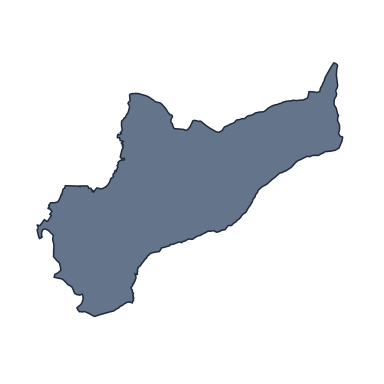 outline of Racovita, Sibiu, Romania, rotated 264°
{"feature_id": "2599482B1974711527076", "entity_name": "Racovita", "entity_type": "district", "adm_level": 2, "iso_a3": "ROU", "parent_name": "Romania", "parent_adm1": "Sibiu", "projection": "orthographic", "projection_center": [24.378, 45.642], "detail": "fine", "context": "isolated", "style": "filled", "palette": "slate", "viewbox_px": 384, "rotation_deg": 264, "n_neighbors": 0, "source": "geoboundaries", "source_scale": "gbopen_adm2", "svg_char_len": 6003}
<svg xmlns="http://www.w3.org/2000/svg" viewBox="0 0 384 384"><g transform="rotate(264 192 192)"><path d="M220.4,342.9L222.3,343.8L226.5,346.3L230.6,347.6L231.1,347.3L231.5,346.3L232.1,345.2L234.8,343.8L237.8,345.0L240.1,345.5L243.0,345.7L245.3,345.1L247.4,344.3L248.2,344.3L251.1,344.8L251.8,345.3L252.8,345.7L253.6,345.5L254.2,344.8L255.9,344.8L260.2,344.2L263.7,342.6L264.8,342.5L267.0,342.7L268.8,343.1L270.9,344.3L272.1,345.3L273.9,346.0L274.8,346.1L277.0,345.5L277.7,345.5L280.7,347.4L282.6,348.0L293.0,347.8L298.5,348.7L302.7,350.0L303.3,349.7L304.5,348.6L305.0,347.9L305.5,346.8L305.6,346.5L301.8,343.4L292.5,336.7L288.1,334.7L285.9,333.2L284.8,332.9L282.3,330.9L281.1,330.3L279.1,329.8L278.4,329.0L278.0,327.6L278.0,326.6L278.7,324.1L279.6,318.9L273.6,316.9L272.9,315.3L271.9,312.1L271.8,311.4L272.1,309.9L272.0,305.0L272.3,304.1L272.7,302.3L272.3,300.2L272.4,296.0L272.2,293.9L271.7,291.4L270.8,289.5L270.7,287.7L270.1,286.3L270.1,284.6L269.4,281.0L267.4,276.4L265.7,274.3L264.5,272.1L264.3,270.0L264.5,266.9L264.2,265.7L264.1,263.9L263.9,263.0L262.7,260.8L262.3,259.7L261.9,255.7L261.7,255.3L261.4,254.6L259.5,252.1L259.5,251.4L259.7,249.3L259.1,247.3L259.0,244.3L258.5,243.3L257.3,242.2L256.9,241.7L256.0,239.7L255.4,237.0L254.5,235.1L253.4,231.3L253.0,230.8L249.8,228.2L248.6,225.0L249.3,222.5L254.1,215.8L257.6,211.9L261.2,208.4L261.8,207.3L261.4,206.4L262.6,203.4L263.0,202.0L262.9,200.9L262.7,200.3L257.3,197.1L254.7,194.4L254.0,193.2L254.1,192.2L255.3,189.6L255.5,188.1L256.1,185.6L256.5,182.7L256.9,181.2L257.2,180.8L259.1,180.1L260.1,179.8L261.6,179.7L263.5,178.4L266.0,178.6L269.0,180.4L269.9,180.4L270.4,180.0L271.8,177.7L272.6,177.3L273.0,176.8L277.9,174.5L282.7,171.0L284.1,169.3L285.3,165.6L285.7,164.9L288.2,162.3L291.4,158.4L292.4,156.6L295.6,148.8L296.0,145.4L295.9,144.6L296.1,142.7L295.7,140.7L295.1,140.1L294.3,140.0L289.9,140.0L289.1,139.9L288.1,138.5L287.0,137.6L286.2,137.8L284.9,138.6L282.8,138.7L278.6,137.1L277.1,136.3L276.6,136.0L276.4,135.5L274.0,133.9L273.3,133.8L272.6,132.1L271.6,131.7L269.9,129.5L269.3,129.3L265.7,128.8L262.1,129.1L260.9,129.0L258.9,127.6L258.6,127.0L257.5,127.8L257.2,127.6L257.0,126.6L256.6,125.9L257.2,124.8L256.9,124.3L255.9,124.0L255.5,123.6L253.7,123.6L253.6,125.6L250.5,126.0L250.2,128.0L249.3,128.9L248.7,128.0L248.7,127.7L248.1,126.8L247.2,127.1L246.9,128.2L246.5,128.5L246.0,128.5L245.5,127.7L244.6,127.6L244.2,128.0L243.0,128.1L242.7,127.6L241.7,126.9L236.5,125.0L234.3,124.3L232.7,125.3L232.7,126.8L232.4,128.0L232.1,128.3L231.6,128.3L231.0,127.7L231.0,126.2L231.3,125.7L231.2,125.4L231.0,125.2L230.9,124.0L230.2,122.8L229.0,121.4L228.4,121.7L227.3,121.5L226.0,120.2L224.2,120.9L223.8,120.3L222.5,119.8L222.0,119.0L220.7,119.0L221.1,118.5L221.1,117.5L219.2,116.9L218.8,117.0L218.5,115.8L218.1,115.6L216.7,115.2L216.1,115.4L215.3,115.4L214.2,113.2L213.7,112.5L212.8,112.3L210.4,111.0L207.8,109.0L206.1,106.8L206.2,106.4L205.7,105.8L205.2,104.3L204.9,103.9L204.7,103.2L204.7,102.0L206.0,97.6L202.2,94.1L203.0,93.5L202.9,92.8L203.2,92.8L203.8,93.6L205.0,92.3L206.4,91.7L206.3,89.8L208.0,89.4L209.1,88.3L209.0,87.0L209.2,86.4L209.7,81.0L209.2,81.6L209.0,81.3L209.6,79.9L209.7,78.5L210.1,77.2L211.5,66.7L209.1,65.7L208.3,64.0L203.0,62.2L203.2,61.7L200.0,60.2L197.1,58.3L196.2,57.3L195.8,54.9L196.0,50.1L193.6,48.1L192.9,48.7L190.9,47.1L190.5,47.6L191.0,48.1L190.0,49.1L189.7,48.9L187.6,50.7L184.7,48.2L183.3,49.7L179.2,46.3L177.8,45.1L177.8,44.8L180.0,42.3L174.5,37.3L175.3,34.7L175.2,34.5L173.8,35.2L172.1,35.2L171.3,35.0L171.0,34.7L171.0,34.3L170.1,34.0L163.7,34.8L161.6,35.5L161.8,36.6L162.8,37.7L163.0,38.3L163.7,38.0L166.0,38.0L168.0,38.5L170.1,39.6L170.5,41.3L170.5,42.6L169.0,44.8L168.4,45.5L163.3,49.6L159.9,48.5L158.0,48.5L155.3,49.0L152.5,49.0L146.4,48.0L145.4,48.0L142.2,47.5L138.3,50.1L135.1,52.8L130.3,53.4L128.1,53.3L127.5,52.9L126.2,51.0L125.6,50.1L124.4,47.1L124.0,46.8L121.6,46.0L119.1,53.6L117.6,55.3L113.0,58.8L112.2,59.7L111.4,61.4L110.9,61.6L110.1,62.5L109.0,63.1L103.8,64.6L103.1,65.1L102.0,66.8L101.4,68.9L101.4,69.8L101.2,69.9L101.7,71.0L101.8,72.0L101.7,72.3L99.6,72.6L96.8,72.5L93.4,71.0L91.6,69.6L89.9,66.8L88.8,65.4L86.5,66.3L84.7,67.5L84.7,68.3L84.2,70.5L84.3,72.8L81.8,77.1L78.6,81.7L78.4,82.2L79.5,87.0L81.6,99.3L81.7,100.8L82.3,102.7L83.5,104.5L84.1,106.4L84.5,107.1L85.8,108.8L86.1,109.4L86.4,110.7L88.1,113.4L89.0,115.9L89.2,117.7L88.7,119.5L87.9,120.9L89.9,121.9L90.0,122.4L92.8,122.5L92.8,123.0L93.9,122.5L94.7,122.8L95.5,122.5L96.2,122.6L96.9,123.1L97.8,123.0L98.6,122.3L100.0,122.4L101.3,122.2L102.0,121.5L103.3,121.3L105.0,123.1L106.4,123.3L106.8,124.4L108.2,125.0L109.4,125.9L112.7,127.4L114.4,127.2L114.9,127.4L116.5,126.8L115.8,128.1L115.9,129.1L116.2,129.2L117.2,128.9L118.7,129.6L119.9,129.5L121.4,130.2L122.3,130.3L124.4,133.3L125.6,134.1L127.9,136.4L130.3,138.5L130.8,139.6L133.2,141.3L133.6,142.4L134.8,143.3L135.6,145.7L136.0,147.9L136.2,153.3L138.5,155.2L139.4,155.5L139.6,156.3L139.8,158.3L140.8,163.8L141.0,164.3L141.8,164.5L142.1,165.3L141.9,166.9L142.1,168.2L143.6,173.7L143.5,174.5L142.7,176.4L142.9,176.8L143.5,177.2L143.9,178.4L143.9,180.1L144.5,180.9L145.0,182.1L145.6,184.5L145.0,186.6L145.0,187.8L146.4,190.2L147.7,193.0L147.9,195.6L149.6,199.3L150.0,201.0L151.4,203.8L151.0,206.3L151.4,209.1L149.4,212.4L149.7,214.5L150.1,215.9L150.7,217.0L151.0,219.1L150.9,220.0L151.1,221.0L154.8,224.5L154.9,224.8L154.5,227.7L156.6,230.2L157.8,232.7L159.5,234.4L160.1,235.9L160.7,236.4L161.3,237.4L164.3,239.9L165.8,242.8L166.5,243.7L170.4,246.4L172.9,248.8L174.6,249.9L175.3,250.6L178.4,252.0L180.4,254.1L182.8,255.1L184.7,257.1L186.5,257.8L187.4,258.7L190.1,262.7L191.3,265.9L192.1,267.5L195.8,272.5L198.2,276.5L199.6,278.1L200.2,279.3L201.4,280.7L201.7,281.5L201.8,283.1L202.2,284.6L202.7,285.4L203.0,287.1L205.3,291.8L206.2,293.3L207.2,294.6L210.0,297.5L212.0,300.3L213.0,303.7L215.2,309.4L215.4,310.0L214.8,313.1L215.6,314.8L215.7,316.3L215.2,321.8L216.3,324.0L217.2,326.8L218.2,328.5L218.1,334.0L218.5,338.7L220.4,342.9Z" fill="#64748b" stroke="#1e293b" stroke-width="1.5"/></g></svg>